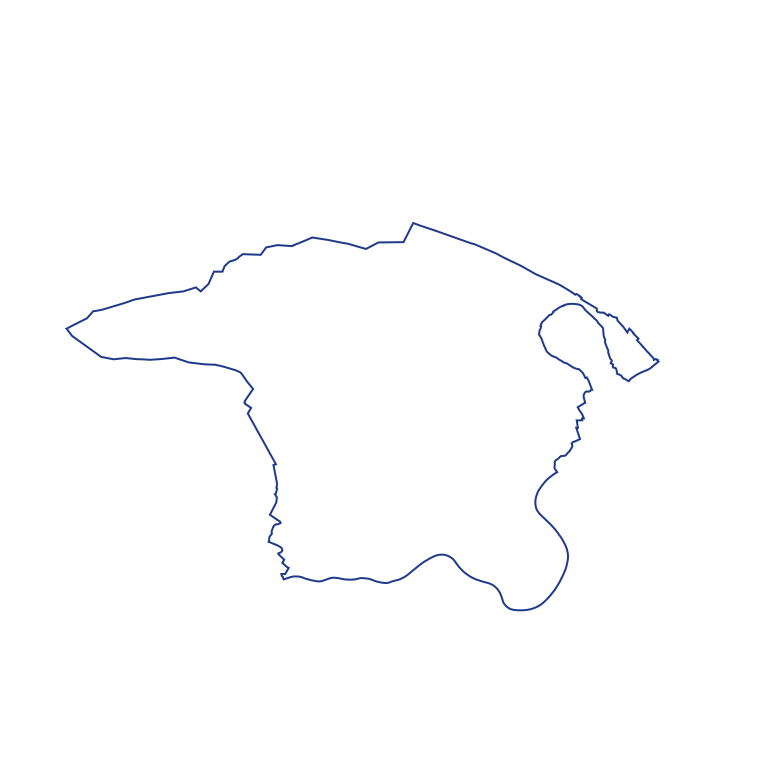 Brummen, Gelderland, Netherlands (Albers equal-area conic projection), rotated 44°
{"feature_id": "6326949B17971297076651", "entity_name": "Brummen", "entity_type": "district", "adm_level": 2, "iso_a3": "NLD", "parent_name": "Netherlands", "parent_adm1": "Gelderland", "projection": "albers", "projection_center": [6.134, 52.111], "detail": "fine", "context": "isolated", "style": "outline", "palette": "blue", "viewbox_px": 768, "rotation_deg": 44, "n_neighbors": 0, "source": "geoboundaries", "source_scale": "gbopen_adm2", "svg_char_len": 6093}
<svg xmlns="http://www.w3.org/2000/svg" viewBox="0 0 768 768"><g transform="rotate(44 384 384)"><path d="M124.3,533.4L124.3,534.8L124.5,538.1L124.7,543.0L118.8,559.9L118.4,561.4L117.6,563.4L117.5,564.4L117.3,564.7L126.3,566.1L161.7,561.0L172.5,553.9L179.9,545.0L189.1,537.7L193.4,533.8L198.6,529.4L206.7,520.5L215.0,510.5L228.6,504.1L241.1,494.6L248.9,487.7L249.0,487.4L249.4,487.3L254.2,484.3L256.7,482.9L261.3,480.5L267.9,477.1L272.0,475.6L273.9,475.4L283.9,477.4L293.3,478.5L295.8,493.3L296.3,493.4L296.5,494.1L296.7,494.3L297.2,494.4L297.3,494.7L298.5,494.6L305.0,493.5L306.5,499.8L362.0,516.8L360.8,519.1L376.5,530.1L378.6,533.2L378.9,533.2L379.0,533.5L379.9,533.6L383.0,539.2L382.3,539.0L382.2,539.1L385.6,539.9L388.5,543.6L388.7,544.0L389.1,545.0L392.8,557.3L400.2,556.1L404.7,555.2L405.4,555.4L406.2,555.9L406.0,556.4L404.9,558.8L404.4,559.5L404.2,559.5L403.4,560.6L403.4,561.0L403.5,561.7L403.3,562.5L403.4,563.2L403.8,564.0L403.9,564.6L404.5,565.7L405.1,567.4L406.5,569.0L407.4,569.7L407.7,573.2L407.9,573.6L409.3,575.6L410.3,576.5L410.6,577.7L419.7,574.0L420.9,573.8L422.7,573.2L424.0,573.1L425.5,573.5L426.7,574.7L426.7,576.9L426.3,577.9L425.6,579.2L425.8,579.5L426.5,579.8L434.3,579.7L435.1,583.3L441.8,583.0L443.2,582.5L444.5,587.7L444.9,589.3L442.2,592.0L444.0,593.1L445.1,593.0L447.5,594.3L450.2,589.3L450.5,588.6L452.5,585.4L455.8,582.2L456.8,581.5L459.1,580.1L462.6,578.6L468.3,575.5L472.9,572.4L473.7,571.8L475.1,570.4L476.4,568.6L480.0,561.4L481.0,559.9L482.1,558.5L485.5,555.7L491.3,552.0L493.3,550.3L495.9,548.0L498.7,544.9L502.1,539.7L503.1,538.8L506.3,536.2L508.6,534.5L515.9,531.2L519.6,529.0L522.4,526.9L523.7,525.8L525.1,524.1L526.0,522.6L526.9,520.4L530.1,515.3L531.0,513.6L532.7,509.0L533.5,505.4L535.3,490.0L536.2,484.6L538.1,477.7L539.8,473.0L541.2,470.1L542.2,468.7L543.6,467.1L544.7,466.0L546.7,464.5L549.2,463.3L551.7,462.5L554.7,462.0L557.0,462.1L562.3,463.1L565.5,463.5L568.4,463.7L573.0,463.7L579.0,462.8L581.8,462.1L585.6,460.8L592.1,457.7L596.7,455.1L599.1,453.9L601.8,453.1L603.9,452.7L608.2,452.7L612.2,453.6L613.9,454.2L617.3,455.9L621.7,458.3L624.7,458.9L627.6,458.9L631.0,458.2L634.4,456.3L637.4,453.8L640.2,451.2L643.0,448.2L645.4,445.0L647.3,441.6L648.5,439.0L649.2,437.0L649.7,435.2L650.3,432.5L650.6,428.9L650.7,426.6L650.7,424.2L650.5,419.8L650.1,416.1L649.7,412.8L648.9,408.8L648.0,404.9L645.6,397.2L643.3,391.2L641.3,387.4L638.3,382.7L636.1,380.1L633.3,377.7L629.8,375.5L625.8,373.7L618.9,371.6L611.9,370.3L608.5,369.8L602.5,369.3L585.7,369.3L582.5,368.7L580.3,367.9L578.4,366.8L576.3,365.2L574.3,363.2L572.1,360.1L571.1,358.1L570.2,356.2L569.4,354.0L569.0,352.3L568.2,347.5L567.7,341.8L567.7,338.9L568.0,336.1L568.8,330.9L569.8,327.1L566.0,326.4L565.0,326.0L564.6,325.6L563.1,323.6L561.7,322.3L560.9,321.3L560.7,320.9L560.5,320.1L560.8,318.4L561.3,315.9L561.2,314.3L561.5,312.8L561.6,312.4L562.6,311.7L564.1,309.6L564.3,308.3L564.0,306.5L564.2,303.4L563.9,302.6L563.7,301.1L563.1,298.8L562.3,297.4L560.3,296.5L560.4,296.0L560.2,294.5L560.4,294.1L561.0,293.2L561.3,292.5L563.3,287.5L552.9,282.0L552.7,281.9L553.9,280.8L547.9,276.3L551.9,272.4L550.4,271.2L551.7,269.9L547.3,268.0L543.7,267.4L539.5,266.2L541.0,260.4L541.2,259.2L541.8,257.8L538.0,255.5L536.9,254.8L535.5,253.5L535.3,253.2L534.8,251.9L534.5,250.5L534.5,249.4L534.8,248.8L535.5,248.1L536.4,247.6L536.7,246.8L537.3,245.9L537.0,244.9L536.9,244.0L537.6,243.6L528.9,239.5L525.3,238.4L524.7,239.8L521.0,238.4L519.1,237.9L514.0,237.9L512.5,239.0L509.1,240.6L501.2,242.2L500.0,242.7L498.4,243.7L497.4,243.7L493.0,244.8L489.6,245.3L486.6,246.6L484.0,247.4L483.4,247.4L480.4,247.6L478.1,247.5L476.7,246.8L475.3,246.4L474.8,246.0L473.4,245.5L472.5,245.3L470.3,244.1L468.3,243.3L467.3,242.6L463.1,241.1L460.9,240.7L460.5,239.7L458.7,237.3L458.4,236.6L458.3,235.7L457.6,234.3L456.9,233.3L456.2,233.5L455.8,233.1L454.8,229.8L455.1,223.9L455.1,221.4L455.0,220.0L455.3,219.1L455.5,218.7L455.9,218.4L456.0,218.0L456.1,214.9L456.0,214.6L455.4,214.3L455.4,214.0L456.3,210.6L456.8,207.9L457.7,205.0L458.3,203.8L458.7,203.6L458.9,203.2L458.6,202.7L459.7,200.5L460.7,199.0L462.1,197.2L464.7,194.7L468.3,191.9L469.5,191.3L470.6,190.8L472.8,190.3L477.1,190.9L478.6,191.0L487.9,190.6L489.7,190.8L491.1,190.6L492.1,190.6L493.8,190.7L495.6,191.3L500.6,191.4L502.5,191.6L504.6,193.2L507.0,195.4L508.7,196.8L509.9,197.5L511.9,198.2L512.4,198.6L512.7,198.8L513.4,199.9L514.6,200.8L519.0,202.9L522.1,204.1L523.7,205.9L524.7,206.2L525.5,206.8L526.1,207.1L529.5,208.7L531.1,208.7L531.8,209.0L532.2,210.0L532.4,211.2L532.6,211.5L532.8,211.7L534.6,210.9L535.3,210.9L535.5,211.0L536.5,212.6L536.8,212.9L537.2,213.0L538.1,212.6L539.2,211.7L539.7,211.6L541.9,212.6L543.2,213.5L543.9,214.4L544.6,214.7L544.9,214.7L546.1,214.0L548.3,213.3L549.0,213.3L552.5,213.7L553.6,213.0L554.6,212.9L558.2,211.9L558.0,210.8L557.9,209.3L558.0,208.2L559.0,203.4L559.6,201.0L561.4,196.0L563.6,191.2L564.7,187.7L564.8,187.1L565.1,183.5L565.9,177.1L563.7,177.1L563.8,176.7L562.2,177.1L561.4,179.2L560.4,178.5L559.5,178.3L552.0,177.8L550.8,177.9L544.3,177.2L544.2,177.4L543.7,177.2L535.5,176.7L535.6,174.6L528.3,174.5L528.2,174.0L522.1,173.7L522.7,176.3L523.3,177.9L516.7,176.7L507.8,176.1L505.6,174.5L502.4,176.5L497.5,177.4L497.4,177.6L497.4,177.9L497.9,179.2L492.2,180.1L491.7,180.9L489.7,182.5L487.9,183.7L486.4,183.6L484.6,181.9L471.0,185.1L466.9,186.0L466.4,184.6L464.2,185.1L464.2,184.7L460.1,185.4L459.8,185.9L459.7,186.8L458.7,187.1L458.3,187.0L452.6,188.1L444.9,189.8L443.0,190.3L439.8,191.2L417.2,199.5L400.0,204.0L381.6,210.1L374.6,212.0L352.1,220.5L349.6,221.9L349.6,222.0L315.2,237.7L299.4,245.2L293.2,247.9L299.5,268.4L281.7,286.0L277.2,299.4L260.6,308.2L253.8,312.8L244.2,318.9L230.7,328.4L224.7,342.4L222.8,346.4L223.0,346.4L222.0,348.8L220.4,350.1L210.8,358.2L204.3,367.7L205.6,376.7L192.3,388.6L191.4,393.1L191.5,395.1L190.8,397.9L188.8,401.6L188.2,402.2L187.7,404.7L187.5,410.1L188.0,411.2L189.4,414.6L189.8,415.4L183.6,421.3L188.3,434.0L187.8,444.7L181.6,445.2L175.3,456.8L165.9,468.3L145.8,496.6L141.2,505.8L129.8,526.1L126.9,530.3L125.5,532.2L124.3,533.4Z" fill="none" stroke="#1e3a8a" stroke-width="2"/></g></svg>